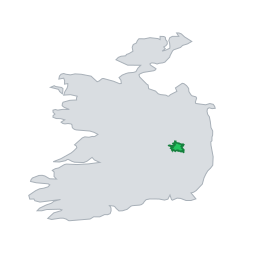 Kildare Lea-5, Kildare, Ireland shown in context, rotated 8°
{"feature_id": "5873133B34299058506876", "entity_name": "Kildare Lea-5", "entity_type": "district", "adm_level": 2, "iso_a3": "IRL", "parent_name": "Ireland", "parent_adm1": "Kildare", "projection": "natural_earth1", "projection_center": [-6.982, 53.189], "detail": "fine", "context": "in_parent", "style": "filled", "palette": "green", "viewbox_px": 256, "rotation_deg": 8, "n_neighbors": 0, "source": "geoboundaries", "source_scale": "gbopen_adm2", "svg_char_len": 6708}
<svg xmlns="http://www.w3.org/2000/svg" viewBox="0 0 256 256"><g transform="rotate(8 128 128)"><path d="M168.8,40.9L162.4,44.2L161.4,45.4L159.6,50.5L159.4,52.0L155.4,57.6L153.2,58.7L149.8,59.6L147.9,60.6L145.5,60.1L142.4,60.2L140.9,61.2L141.0,62.0L141.9,62.8L147.5,65.4L147.2,66.5L145.6,67.7L135.5,70.8L132.5,72.6L131.4,73.8L132.5,75.9L140.5,82.0L141.9,82.6L143.0,86.2L150.1,87.6L153.1,89.9L155.6,90.4L161.0,90.2L163.2,91.0L164.4,90.4L165.2,89.2L171.3,84.9L169.4,81.7L175.5,76.2L177.2,76.3L180.1,77.9L182.5,80.3L183.2,83.4L185.5,86.2L186.9,87.2L190.9,87.7L191.8,88.8L191.1,92.9L191.7,94.3L201.7,94.2L205.6,92.4L209.1,92.7L210.8,94.5L211.6,96.4L208.6,97.1L205.5,96.7L204.0,98.0L203.9,100.4L205.0,103.4L207.0,105.6L208.7,110.5L210.1,116.0L212.3,119.2L212.8,123.3L212.4,125.3L212.9,129.0L211.9,130.2L212.6,133.6L216.3,144.6L217.1,153.1L215.3,156.3L212.9,159.4L211.4,163.0L210.2,166.9L209.4,173.2L204.2,180.5L202.0,182.4L199.4,183.5L205.1,188.7L200.5,191.0L195.5,191.7L189.9,190.4L186.4,190.6L182.0,193.3L181.0,192.8L178.9,188.5L177.4,192.9L174.2,194.3L168.7,194.0L159.5,195.2L156.0,196.4L154.5,198.4L153.4,200.6L151.9,202.0L150.3,202.7L143.2,204.3L141.8,205.0L138.5,208.6L134.2,210.7L130.6,211.4L127.5,209.3L126.2,208.0L124.7,207.3L119.8,207.4L121.3,208.1L122.3,209.6L122.8,212.5L122.2,215.3L119.8,216.7L116.9,217.0L112.4,219.9L106.4,220.7L103.1,223.4L83.3,227.9L82.1,228.0L79.4,226.8L76.4,226.3L73.5,226.7L65.1,229.2L61.1,228.7L66.3,222.4L73.3,219.2L74.0,218.3L71.7,217.9L58.6,220.1L54.1,222.0L49.5,222.6L51.6,219.7L57.6,215.7L62.7,213.1L64.9,210.8L71.1,208.2L51.1,213.6L45.9,213.0L44.7,211.4L40.6,212.1L39.1,208.5L45.3,202.9L48.8,200.6L53.0,199.3L57.0,197.4L58.5,195.2L56.7,194.4L44.7,195.0L38.9,194.5L39.2,192.7L40.3,190.8L46.4,187.4L49.6,186.8L52.4,187.1L57.5,189.2L64.3,188.5L61.5,186.3L61.0,181.9L58.9,180.5L61.7,178.4L64.9,177.2L70.2,173.0L72.1,172.3L82.5,171.3L93.7,169.1L104.9,166.0L99.2,164.3L96.5,162.1L92.0,166.6L88.9,168.4L79.9,169.3L77.1,168.8L73.2,167.4L71.9,167.9L70.8,169.0L64.8,171.2L58.6,171.8L65.9,167.7L75.1,160.7L77.2,158.5L80.1,154.7L79.3,153.0L77.4,152.1L84.1,144.2L86.4,142.8L90.7,142.6L93.8,141.3L95.2,141.3L96.4,140.9L99.1,138.5L95.0,137.0L90.6,136.3L77.2,137.1L75.5,136.9L73.8,136.2L72.7,135.1L72.0,132.5L71.0,131.9L68.0,131.9L65.0,132.7L62.9,132.6L60.9,131.5L64.2,128.7L60.0,128.1L55.7,128.6L52.2,127.8L52.1,126.1L53.7,124.4L51.6,122.8L51.2,120.8L53.5,119.8L55.9,120.1L60.9,118.6L67.3,117.8L61.9,116.4L59.7,115.1L59.6,113.1L60.1,111.5L66.5,108.7L73.2,107.4L72.8,105.6L73.3,103.6L66.5,103.0L59.7,104.4L60.5,100.6L62.1,97.1L62.5,94.8L62.2,92.4L59.0,93.4L58.7,90.0L57.4,87.6L52.7,89.2L52.9,86.1L54.3,84.0L56.7,83.0L59.1,83.4L63.6,83.4L68.0,81.8L74.2,81.3L84.2,81.8L91.0,86.5L92.7,85.6L95.5,82.7L96.8,82.4L107.1,83.7L113.5,85.3L115.2,84.8L114.3,81.6L112.1,79.3L114.9,76.4L118.3,74.4L120.5,73.4L125.7,72.2L128.0,71.1L129.5,67.3L131.9,64.1L118.9,65.8L106.6,62.1L108.6,59.4L111.2,57.9L115.7,56.8L116.2,55.4L118.4,54.3L122.2,51.3L120.9,47.4L121.6,44.6L124.4,42.7L125.2,40.0L126.4,38.1L131.9,37.4L137.2,35.5L145.3,35.3L147.5,36.0L147.0,32.8L150.8,32.4L152.3,33.0L153.0,35.3L154.7,36.8L155.2,39.3L154.0,41.3L152.1,42.8L153.9,44.3L151.1,47.1L154.1,45.9L158.3,43.2L158.1,41.0L157.4,38.2L156.2,35.6L156.8,32.8L159.2,31.1L165.5,30.2L162.9,27.1L165.2,26.8L167.7,27.4L171.3,29.9L179.1,33.4L175.3,36.4L170.6,38.6L168.8,40.9ZM58.4,101.8L58.2,103.3L55.2,101.4L53.8,99.4L45.6,98.5L49.0,96.4L50.7,97.0L56.5,97.1L58.1,98.0L58.4,101.8Z" fill="#d9dde1" stroke="#a8b0b8" stroke-width="1"/><path d="M176.9,134.6L176.7,134.7L176.5,134.8L176.2,134.7L176.2,134.8L176.8,136.1L175.6,136.5L175.3,136.7L175.3,136.8L175.5,136.9L175.4,137.0L175.1,137.0L174.9,137.0L174.7,137.0L174.6,137.3L175.0,137.4L175.5,137.6L175.9,137.6L176.0,137.5L176.0,137.4L176.4,137.6L176.6,137.6L176.7,137.8L176.9,137.8L177.0,137.9L177.0,138.0L176.9,138.2L176.7,138.2L176.7,138.3L176.4,138.3L176.2,138.4L176.1,138.5L176.0,138.4L176.0,138.5L175.9,138.4L175.9,138.5L176.0,138.5L176.1,138.8L176.1,139.0L176.1,139.3L175.8,139.4L174.7,139.3L174.4,139.4L174.0,139.5L173.9,139.5L173.7,139.5L173.4,139.6L173.1,139.5L172.9,139.4L172.8,139.5L172.7,139.4L172.6,139.5L172.4,139.4L172.2,139.4L172.0,139.5L171.9,139.4L171.7,139.3L171.4,139.3L171.1,139.4L171.0,139.5L170.9,139.5L170.7,139.7L170.8,139.8L171.1,139.9L172.0,140.0L172.5,139.9L172.9,140.3L173.0,140.4L173.2,140.6L173.3,140.5L173.4,140.4L173.5,140.3L173.9,140.3L174.1,140.3L174.3,140.3L174.5,140.4L174.8,140.5L175.0,140.7L174.9,140.8L175.0,140.9L174.9,140.9L174.9,141.0L174.7,141.2L174.7,141.3L174.6,141.5L174.4,141.5L174.4,141.4L174.2,141.3L174.2,141.2L173.9,141.1L173.6,141.0L173.4,141.1L173.5,141.2L173.5,141.3L173.7,141.5L173.6,142.0L173.3,142.2L173.5,142.3L173.8,142.4L173.9,142.6L174.0,142.6L174.1,142.8L174.3,143.0L174.5,143.3L174.4,143.3L174.4,143.5L174.5,143.5L174.7,143.8L174.7,143.7L174.8,143.7L174.9,143.8L175.1,143.8L175.4,144.0L175.5,143.8L175.4,143.7L175.2,143.5L175.1,143.4L175.3,143.2L175.5,143.1L175.8,143.1L176.0,143.2L176.2,143.4L176.3,143.3L176.6,143.5L176.8,143.6L177.0,143.8L177.1,144.2L177.6,144.1L177.6,143.9L177.8,144.0L178.0,144.0L177.9,144.0L178.0,144.2L178.1,144.3L178.2,144.1L178.3,144.1L178.5,143.9L178.7,143.7L178.8,143.7L179.1,143.6L179.3,143.5L179.1,143.4L179.4,143.2L179.6,143.2L179.8,143.1L180.2,143.2L180.3,143.2L180.4,143.3L180.5,143.1L181.0,143.1L181.0,143.4L180.8,143.4L180.3,143.6L180.6,143.7L180.9,143.7L181.0,143.7L181.1,143.8L181.3,143.7L181.3,143.8L182.8,143.6L183.1,143.7L183.1,143.8L183.2,144.0L183.3,144.0L183.5,144.0L183.4,143.8L183.4,143.6L183.5,143.6L183.8,143.5L184.1,143.4L184.3,143.3L184.5,143.5L184.6,143.4L184.6,143.5L184.8,143.5L185.0,143.7L184.9,143.7L184.9,143.8L185.1,143.8L185.3,143.8L185.5,143.7L186.2,144.3L186.3,144.2L186.4,144.3L186.6,144.1L186.5,143.9L186.4,143.7L186.3,143.3L186.4,142.9L186.4,142.7L186.4,142.4L186.1,142.3L186.0,142.2L185.8,142.0L185.7,142.0L185.7,141.8L185.7,141.7L185.9,141.5L185.7,141.4L185.5,141.2L185.4,141.3L185.2,141.2L184.9,141.0L184.7,140.8L184.2,140.6L184.3,140.4L184.6,140.3L184.6,140.2L184.4,140.0L184.3,139.9L184.2,139.8L183.8,139.3L183.7,139.3L183.5,139.2L183.4,139.1L183.6,138.9L183.4,138.8L183.5,138.7L183.8,138.7L184.0,138.4L184.4,138.4L185.1,138.1L185.2,137.6L185.1,137.2L185.5,137.0L185.6,136.8L185.0,136.6L184.6,136.5L184.4,136.6L184.5,136.4L184.4,136.4L184.2,136.5L184.0,136.8L183.7,136.6L183.6,136.8L183.4,136.8L183.0,136.8L182.7,136.8L182.5,136.7L182.2,136.6L181.9,136.4L181.7,136.5L181.4,136.5L181.4,136.4L181.2,136.3L181.2,136.2L180.9,136.0L180.6,136.1L180.4,136.2L180.3,136.3L180.2,136.2L179.9,135.9L179.5,135.9L179.3,135.9L179.1,136.0L178.7,136.0L178.1,136.1L177.7,135.7L177.5,135.2L177.0,134.8L176.9,134.7L176.9,134.6Z" fill="#22c55e" stroke="#15803d" stroke-width="1.5"/></g></svg>